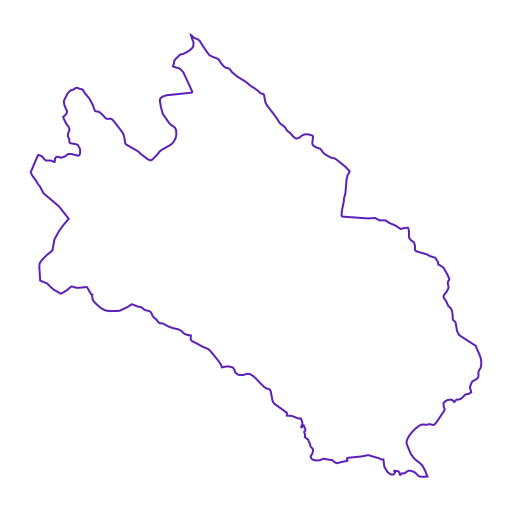 the district of Cam Thuy, Thanh Hóa, Vietnam
{"feature_id": "81297802B68109668722051", "entity_name": "Cam Thuy", "entity_type": "district", "adm_level": 2, "iso_a3": "VNM", "parent_name": "Vietnam", "parent_adm1": "Thanh Hóa", "projection": "mercator", "projection_center": [105.467, 20.205], "detail": "fine", "context": "isolated", "style": "outline", "palette": "violet", "viewbox_px": 512, "rotation_deg": 0, "n_neighbors": 0, "source": "geoboundaries", "source_scale": "gbopen_adm2", "svg_char_len": 5943}
<svg xmlns="http://www.w3.org/2000/svg" viewBox="0 0 512 512"><path d="M40.2,280.6L47.2,283.5L50.8,287.2L53.8,289.7L60.7,293.6L61.7,293.4L66.9,290.2L70.5,287.1L71.4,286.6L72.1,286.5L75.6,287.6L77.9,287.9L86.7,287.0L87.4,287.8L90.9,293.9L92.4,294.8L92.1,295.8L92.6,299.3L93.6,301.1L94.7,302.5L100.5,307.8L104.5,310.1L106.6,310.7L110.5,311.1L118.3,310.9L119.7,310.7L127.2,307.2L132.0,304.2L137.5,306.5L141.2,307.3L142.0,307.6L144.2,309.6L145.1,310.1L149.2,311.1L150.2,311.6L151.4,313.1L152.6,315.9L153.3,316.8L154.3,317.9L156.5,319.6L157.6,321.4L159.5,323.1L163.2,323.6L168.4,326.5L172.9,328.1L177.8,329.2L180.0,330.1L181.4,331.0L184.6,334.0L187.0,334.8L190.9,335.5L190.6,338.6L191.1,340.0L192.3,341.3L196.9,343.5L201.4,346.1L208.0,349.0L209.5,350.1L212.5,353.5L219.0,361.6L221.0,365.0L221.9,367.4L225.7,366.6L227.5,366.4L229.5,366.6L232.1,367.3L233.1,367.7L234.5,370.2L235.4,372.6L236.0,373.2L238.0,374.6L239.7,375.0L243.3,375.0L246.7,373.9L248.3,373.9L250.2,374.2L253.1,376.0L255.9,378.5L261.0,383.9L264.5,387.2L266.1,388.3L269.1,389.2L269.8,389.6L270.7,391.3L272.4,400.2L273.2,402.2L274.4,403.8L286.9,412.8L286.8,415.6L291.7,415.9L298.1,418.4L299.5,418.6L300.9,418.5L302.2,421.8L302.4,423.9L301.2,426.9L301.4,427.4L301.8,427.4L303.3,425.6L303.7,425.4L305.2,428.8L305.4,430.3L304.1,432.0L305.1,434.6L304.8,437.0L306.5,438.5L308.2,439.6L308.8,441.7L310.0,443.8L310.3,445.8L311.0,447.0L312.9,449.1L313.1,450.2L312.6,452.8L311.9,454.4L310.6,456.3L311.2,458.0L312.0,459.1L312.9,459.7L314.2,460.1L316.0,460.4L319.8,460.3L322.7,458.9L324.9,458.9L326.4,459.3L332.4,460.1L334.2,461.9L336.6,463.2L347.4,460.7L347.6,460.4L346.9,459.2L346.9,458.6L347.2,458.1L348.0,457.8L361.9,456.4L368.2,455.1L379.7,458.5L381.3,459.5L383.4,459.4L384.3,466.7L384.7,467.4L387.6,472.2L391.0,474.5L393.1,474.6L393.6,474.4L394.5,473.4L395.0,472.5L394.2,471.1L394.4,470.7L398.0,471.2L398.6,471.5L399.2,472.5L399.9,474.5L400.2,474.9L401.7,473.3L403.8,473.5L405.1,472.9L407.0,471.5L409.0,470.6L411.2,470.9L414.4,472.1L417.0,474.3L418.1,475.7L419.4,476.5L423.3,476.8L427.4,476.6L425.1,470.6L422.5,465.8L420.8,463.9L414.9,459.2L413.2,457.3L410.8,453.8L407.9,447.0L406.5,443.1L406.8,440.5L407.5,438.8L409.0,436.0L412.3,431.8L415.5,428.6L419.2,425.7L422.0,424.5L426.5,424.8L429.7,424.1L432.4,424.9L433.5,424.9L434.5,424.5L436.9,421.7L444.5,410.3L444.6,408.7L443.9,407.3L443.6,405.8L443.5,403.1L445.5,401.0L447.8,400.0L451.0,399.6L452.6,400.2L454.3,402.0L455.7,400.3L456.6,399.7L457.5,399.4L458.7,399.6L460.9,398.8L463.3,396.7L464.9,394.8L465.8,394.4L468.7,393.9L471.2,392.3L470.0,387.4L470.1,386.4L471.9,382.1L472.6,381.3L476.5,379.1L477.5,378.2L478.2,377.1L478.4,375.9L478.5,371.6L479.5,369.5L480.4,368.4L481.1,365.9L481.3,362.6L480.9,358.6L479.1,353.7L476.4,347.7L476.1,346.1L460.8,336.2L459.0,334.8L457.8,332.6L457.0,330.7L455.6,322.6L455.0,321.6L452.9,319.7L452.6,318.0L452.7,316.1L452.0,310.7L450.5,307.9L448.3,306.0L445.7,300.3L444.4,298.9L443.6,297.3L443.7,295.5L446.6,291.7L448.4,288.4L448.5,286.7L447.9,284.1L447.8,282.5L448.2,281.2L449.1,280.0L449.3,278.8L447.1,274.0L443.5,267.8L442.2,266.7L438.3,264.4L438.1,263.7L438.3,262.7L435.6,258.2L434.8,257.6L429.7,256.0L426.5,254.2L417.1,251.6L415.6,250.7L414.9,249.7L415.0,246.1L414.2,242.9L413.7,242.1L411.3,240.6L409.2,238.0L409.0,236.0L408.9,230.4L408.3,228.3L407.7,227.7L403.9,228.1L400.7,229.0L395.7,225.7L389.0,222.8L385.5,220.4L379.3,220.3L375.2,218.0L367.8,218.4L342.2,216.6L341.6,215.7L341.6,213.8L342.1,209.7L343.8,201.5L344.0,198.4L345.4,193.3L346.5,180.0L347.6,175.1L349.5,171.9L349.6,171.2L345.4,166.8L336.3,159.4L334.2,158.3L330.8,157.6L326.3,155.0L323.4,153.0L321.0,149.5L319.7,148.5L316.8,147.6L313.7,146.0L312.5,144.4L312.3,142.9L313.1,136.7L313.0,136.3L312.0,135.4L309.7,134.7L307.0,134.2L304.7,134.4L302.0,135.5L299.3,137.7L298.1,138.2L296.4,138.5L295.4,138.3L293.1,136.4L290.3,133.1L287.5,131.0L286.7,130.2L285.0,127.1L280.6,123.9L279.3,122.4L277.4,119.3L274.1,114.6L267.1,105.5L265.8,103.2L265.2,101.5L264.2,95.7L263.7,94.4L263.2,94.0L261.0,93.4L259.9,92.7L258.2,91.0L254.4,88.2L250.9,86.1L245.7,81.7L237.4,76.7L231.8,72.0L230.9,70.5L229.4,68.9L227.3,67.9L225.5,67.6L224.3,66.8L221.8,64.2L218.6,59.4L217.8,58.8L211.9,56.5L209.4,55.1L206.6,51.5L201.9,44.6L199.8,41.0L197.5,39.1L195.3,38.4L193.4,37.4L192.3,36.1L191.1,35.2L191.7,37.7L193.5,42.2L193.4,44.8L193.1,46.7L191.9,48.3L189.9,50.1L187.4,51.8L184.8,53.2L182.7,54.1L180.8,54.3L179.7,55.0L175.4,59.2L174.3,60.9L173.8,63.8L172.9,66.3L173.1,66.6L179.0,68.4L180.2,68.9L183.4,72.4L192.3,91.8L192.0,92.3L191.2,92.7L166.3,95.3L162.4,96.7L160.6,98.2L160.0,99.1L160.0,101.5L160.8,106.7L162.8,113.8L169.1,123.0L170.5,124.5L174.2,127.0L175.2,128.1L175.8,129.4L176.2,131.0L176.3,135.1L175.5,138.6L173.3,142.2L172.1,143.5L170.8,144.7L162.0,149.7L159.8,151.3L156.8,155.1L152.2,159.7L151.0,160.3L149.8,160.2L147.3,158.9L140.8,154.0L138.2,151.4L126.1,144.5L125.3,143.3L124.3,137.4L123.4,134.2L122.7,132.8L114.8,122.3L112.3,119.6L111.3,118.9L110.4,118.7L107.7,118.9L106.5,118.7L105.7,118.3L101.4,113.7L98.9,111.8L95.3,111.2L94.2,109.2L92.8,105.0L89.4,98.6L84.9,93.2L82.7,89.6L82.1,89.3L79.5,88.8L77.3,87.8L76.3,87.9L75.3,88.2L73.7,89.5L70.9,90.3L69.2,91.6L67.6,93.6L64.4,99.7L63.9,101.1L63.9,102.3L64.5,105.5L66.9,110.9L67.0,111.6L66.6,113.2L65.7,114.7L63.2,116.9L63.2,117.3L65.1,121.6L67.1,125.0L68.4,126.4L69.4,129.1L69.3,130.4L68.2,133.1L67.9,135.8L68.0,136.7L69.3,139.2L69.4,142.1L69.8,142.8L70.4,143.2L76.4,144.3L77.8,145.0L79.8,148.5L80.1,149.7L80.1,153.1L79.4,155.1L78.7,155.6L76.9,155.5L71.8,154.1L68.8,153.9L67.1,154.7L64.7,156.6L61.6,157.6L60.9,157.7L58.2,156.8L56.6,156.8L56.1,157.2L55.0,158.7L54.8,161.8L54.3,162.0L51.1,160.6L45.9,160.5L44.6,159.5L43.1,157.6L41.2,155.9L38.2,154.9L34.4,163.4L30.7,172.4L32.2,175.5L35.7,180.2L38.5,184.9L40.0,186.6L43.2,192.7L44.0,193.7L58.9,206.3L68.7,218.8L62.4,226.3L58.9,231.4L54.5,239.2L52.4,250.6L46.7,255.1L42.5,259.4L40.7,261.6L39.6,263.6L39.3,266.7L40.2,280.6Z" fill="none" stroke="#5b21b6" stroke-width="2"/></svg>